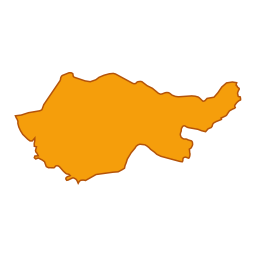 the Province of Dihok
{"feature_id": "IRQ-3046", "entity_name": "Dihok", "entity_type": "Province", "adm_level": 1, "iso_a3": "IRQ", "parent_name": "Iraq", "parent_adm1": "", "projection": "mercator", "projection_center": [43.4, 37.034], "detail": "fine", "context": "isolated", "style": "filled", "palette": "amber", "viewbox_px": 256, "rotation_deg": 0, "n_neighbors": 0, "source": "natural_earth", "source_scale": "10m", "svg_char_len": 3187}
<svg xmlns="http://www.w3.org/2000/svg" viewBox="0 0 256 256"><path d="M70.1,72.7L71.6,72.9L72.8,73.7L73.3,76.5L74.4,77.3L85.1,80.9L90.3,81.7L95.8,79.8L99.1,77.3L104.1,75.2L109.3,73.8L113.3,73.4L115.5,74.0L132.5,83.2L133.4,83.6L134.5,83.7L135.7,83.5L136.9,82.2L138.0,81.7L140.4,81.4L141.9,81.7L145.3,84.3L147.1,85.7L152.4,88.3L158.4,93.3L160.5,94.2L162.1,93.9L165.3,92.7L166.9,92.5L168.6,92.7L169.7,93.3L172.0,95.1L175.3,96.4L178.4,96.8L191.7,95.9L195.1,96.2L198.1,97.0L199.4,97.9L202.2,100.6L203.1,101.3L204.8,100.8L207.1,98.4L214.0,97.2L218.0,92.6L221.8,87.0L226.5,82.9L232.4,82.0L236.7,82.7L236.1,85.1L236.5,85.8L237.0,86.0L237.3,86.3L237.5,87.0L237.6,87.3L237.8,87.5L238.1,87.6L238.4,87.8L238.6,88.0L239.0,88.2L239.2,88.6L239.2,89.2L238.0,91.5L237.7,92.6L237.6,93.2L237.6,93.9L237.9,94.8L238.0,95.8L238.2,96.2L238.6,96.5L239.0,96.7L239.8,96.7L240.1,96.8L240.3,97.0L240.6,98.9L240.6,99.5L240.5,100.0L239.1,100.6L237.7,101.7L236.7,102.7L235.1,104.8L234.7,105.7L234.7,106.4L235.3,107.5L235.0,107.9L234.3,108.4L232.6,109.1L229.9,110.6L229.2,111.2L227.3,114.0L226.8,114.9L226.1,115.6L225.0,116.2L222.7,117.3L221.6,117.7L221.0,118.1L221.2,118.6L221.5,118.9L221.5,119.3L220.9,119.7L216.1,121.6L213.8,122.9L213.1,123.6L212.6,124.5L212.1,126.3L211.5,127.1L210.9,127.7L209.9,128.0L208.1,128.8L205.6,131.7L201.5,130.7L197.9,129.3L188.8,127.7L187.3,127.3L185.0,126.0L184.4,125.8L183.9,125.8L183.5,125.9L183.0,126.2L182.4,126.8L182.1,127.4L181.4,128.7L181.3,129.2L181.3,129.7L181.2,131.1L180.7,132.4L180.4,133.6L180.3,134.2L180.3,134.8L180.4,135.3L180.7,136.0L180.8,136.5L181.0,136.9L181.3,137.4L182.6,138.4L183.3,138.8L184.0,139.0L185.8,139.0L186.8,139.2L187.9,139.8L190.1,140.5L190.9,140.7L191.6,141.0L192.0,141.5L192.4,142.2L192.5,143.1L192.6,143.9L192.6,144.6L192.4,145.4L191.3,147.6L190.7,148.3L190.1,148.7L189.4,149.0L189.3,149.4L189.5,150.3L189.6,150.9L189.6,151.4L189.6,151.8L189.7,152.2L189.7,153.0L189.9,153.4L190.0,154.0L189.9,154.9L189.8,155.9L189.2,157.7L188.8,158.1L188.3,158.2L187.8,157.9L185.6,157.1L184.4,157.3L183.5,157.8L183.1,158.4L182.9,159.2L182.9,160.2L182.7,161.0L182.4,161.7L181.5,161.7L179.7,161.4L160.9,156.3L156.8,154.3L154.5,152.2L150.6,149.3L148.9,147.5L146.8,145.9L144.9,144.8L139.9,144.2L137.9,144.9L136.1,146.3L135.1,148.0L131.1,152.8L127.3,159.1L126.2,162.7L125.0,165.6L124.5,168.2L122.5,169.5L118.2,171.8L113.0,172.2L96.1,174.5L85.5,180.5L83.9,180.1L82.0,180.1L80.5,180.4L79.3,181.4L78.2,183.3L77.1,180.8L76.5,179.8L75.5,178.9L73.6,177.9L72.6,177.9L68.0,180.1L66.7,180.3L65.8,178.9L66.1,177.7L67.3,176.7L70.2,175.6L69.1,174.4L68.0,174.1L67.0,174.0L65.8,173.4L63.5,171.3L59.6,166.9L58.4,166.0L56.9,165.7L55.7,166.0L55.0,166.7L54.5,167.5L53.8,167.8L48.4,167.7L46.3,166.6L44.5,161.7L42.4,160.1L38.3,158.0L35.7,159.0L34.3,157.7L34.9,156.0L38.3,155.8L36.9,153.1L35.8,151.9L35.5,150.4L36.5,146.8L34.3,146.3L34.2,143.7L34.8,140.5L34.8,138.0L32.3,140.9L30.0,140.9L27.7,139.2L22.8,134.4L20.6,130.9L18.8,127.0L17.9,123.6L17.9,121.2L17.2,119.4L16.2,117.7L15.4,115.8L21.1,115.1L28.5,112.7L39.7,110.8L41.7,109.9L42.2,109.0L43.8,104.6L60.0,80.8L60.5,79.6L60.6,78.4L60.9,77.3L61.7,76.0L62.5,75.4L68.9,72.8L70.1,72.7Z" fill="#f59e0b" stroke="#b45309" stroke-width="1.5"/></svg>